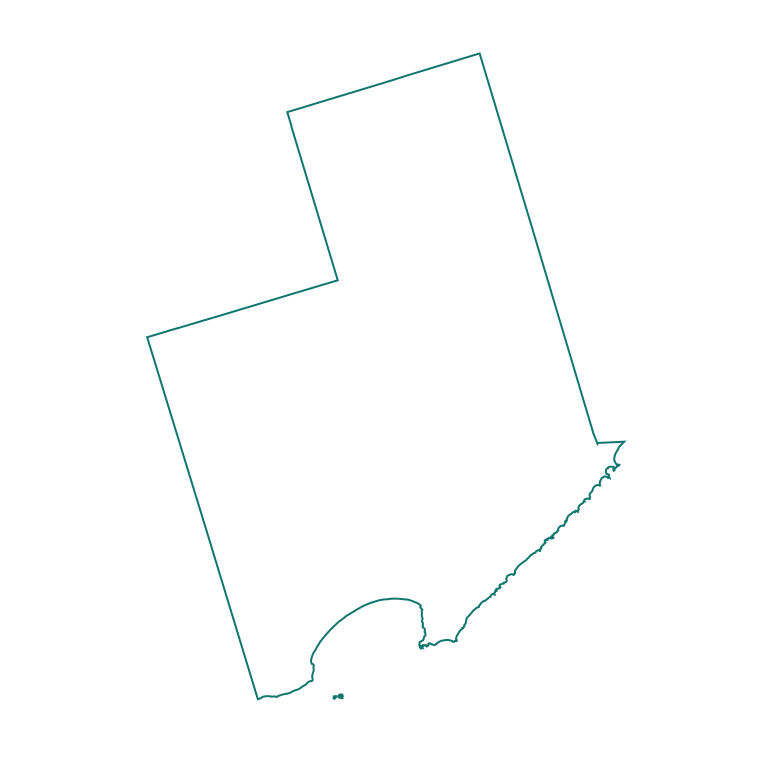 outline of Robe, South Australia, Australia, rotated 253°
{"feature_id": "25037944B13028513234480", "entity_name": "Robe", "entity_type": "district", "adm_level": 2, "iso_a3": "AUS", "parent_name": "Australia", "parent_adm1": "South Australia", "projection": "orthographic", "projection_center": [139.804, -37.186], "detail": "fine", "context": "isolated", "style": "outline", "palette": "teal", "viewbox_px": 768, "rotation_deg": 253, "n_neighbors": 0, "source": "geoboundaries", "source_scale": "gbopen_adm2", "svg_char_len": 6085}
<svg xmlns="http://www.w3.org/2000/svg" viewBox="0 0 768 768"><g transform="rotate(253 384 384)"><path d="M119.5,171.2L119.4,172.1L119.5,173.8L119.8,175.3L120.3,176.2L120.3,177.6L119.6,181.3L118.6,183.9L117.7,185.2L117.6,186.6L116.9,188.8L116.1,189.8L116.6,192.2L116.7,196.3L116.1,202.0L116.2,204.5L116.9,207.3L117.1,213.0L117.6,215.0L118.4,216.9L119.3,221.1L120.8,223.7L121.3,225.2L121.4,226.7L121.0,228.0L121.2,228.6L121.9,229.3L125.3,229.8L128.1,231.2L130.0,232.7L131.5,233.3L133.8,233.7L135.2,234.6L136.1,234.6L136.8,234.2L137.1,233.5L137.3,233.3L138.9,233.0L140.3,233.2L142.5,234.2L146.0,236.6L148.3,238.8L149.9,241.0L152.3,243.1L154.1,245.5L156.2,247.6L157.7,250.0L158.6,251.0L159.8,253.1L160.7,254.3L165.0,261.4L165.9,263.5L166.6,264.5L169.6,270.6L172.4,278.4L173.3,280.3L174.2,284.4L175.0,287.1L175.1,288.0L176.3,292.3L177.9,299.7L178.6,307.5L178.6,316.3L178.0,320.8L177.0,325.1L176.5,328.6L174.7,334.4L170.5,344.4L168.1,347.7L164.9,351.6L163.1,353.3L161.4,354.3L161.2,354.4L159.9,353.4L158.3,353.9L157.3,354.7L156.8,354.6L155.8,353.6L153.9,353.4L151.8,352.4L148.3,352.3L146.0,350.8L144.0,351.4L142.7,350.6L141.8,350.8L140.5,349.9L139.7,350.2L138.7,351.0L137.6,351.4L135.9,350.9L135.1,350.3L134.1,350.7L131.8,350.3L131.3,350.0L130.8,348.7L129.2,347.6L128.8,347.6L127.5,346.3L127.3,345.8L127.3,344.7L127.0,344.3L126.8,342.8L126.4,342.4L125.5,342.3L123.9,341.4L123.4,341.4L122.6,342.0L122.4,342.0L121.9,341.4L120.3,341.8L120.3,342.0L120.9,342.5L120.4,343.3L121.5,342.9L122.6,343.0L122.6,343.3L121.6,343.9L121.4,344.4L121.6,344.6L122.1,344.4L122.8,344.5L123.0,345.0L122.6,345.5L122.4,346.1L122.1,346.5L122.3,346.9L122.2,347.7L120.6,348.0L120.6,348.6L121.1,350.0L121.5,350.3L122.2,350.2L122.5,350.5L122.7,351.1L122.7,352.1L121.2,353.2L120.9,354.1L119.7,355.4L119.5,355.9L119.5,356.3L120.2,357.9L120.3,358.9L120.9,359.6L121.6,362.7L121.7,363.8L121.0,368.6L120.3,370.8L118.6,373.7L117.9,374.4L117.1,374.7L117.1,376.1L117.6,376.6L117.6,377.0L117.5,377.4L117.1,377.7L117.0,378.2L117.7,378.7L118.6,378.4L119.7,378.5L122.0,380.2L126.2,384.9L126.6,385.7L126.8,386.9L127.8,387.6L127.5,388.4L128.5,389.2L128.6,390.0L129.9,390.2L131.0,391.8L131.7,392.4L135.2,394.2L136.3,395.2L138.7,399.5L139.2,400.0L139.9,401.4L140.9,402.5L142.7,406.7L143.1,408.6L143.0,409.4L143.3,409.5L144.1,410.1L145.0,411.4L146.0,412.6L147.1,415.0L147.3,415.5L147.1,417.4L147.8,418.7L148.4,420.6L149.1,421.8L149.5,423.9L150.7,424.5L151.2,425.4L151.5,426.8L150.6,427.6L150.3,428.2L151.0,428.1L151.9,428.3L152.5,429.4L153.7,429.9L153.7,430.3L153.1,430.8L153.1,431.2L153.3,431.3L153.6,430.9L154.2,430.7L154.8,431.1L155.1,431.7L155.2,432.6L154.7,433.7L155.0,434.3L155.2,435.5L155.5,435.9L155.9,435.9L156.8,435.3L157.1,435.3L157.9,435.9L158.2,436.6L158.5,439.0L158.1,440.1L159.0,440.6L159.1,441.0L158.8,442.1L158.9,442.6L159.6,443.7L160.2,443.9L162.2,444.0L164.5,445.9L165.0,450.1L164.7,450.8L163.5,452.1L163.6,452.5L164.6,453.1L164.5,454.0L166.0,454.3L167.4,454.9L168.3,456.0L169.1,457.3L170.8,459.5L172.9,464.8L173.6,467.1L173.8,468.2L174.9,469.9L176.0,472.1L177.3,473.9L177.7,475.8L178.4,477.1L178.4,479.3L179.8,481.1L180.0,482.5L179.6,483.5L178.9,483.9L178.8,484.6L179.2,484.9L180.1,484.8L180.8,485.4L180.8,486.1L181.0,486.3L181.4,486.3L181.4,486.6L182.0,486.6L182.3,486.8L183.2,488.2L183.5,489.1L184.0,489.5L184.0,490.1L184.6,491.0L184.7,491.7L185.3,492.1L185.9,491.6L186.4,491.6L187.0,491.8L187.5,492.3L187.8,493.8L187.5,494.3L186.9,494.4L186.9,494.7L187.1,494.8L187.5,494.6L187.9,495.0L188.3,495.0L188.4,495.5L188.1,495.9L188.4,496.5L188.2,496.6L188.2,497.3L187.9,497.6L188.1,498.0L188.7,498.3L188.9,499.3L187.2,499.4L187.2,499.8L187.2,500.3L187.1,500.9L187.5,501.1L187.9,500.7L187.8,500.0L188.1,499.8L188.3,499.8L189.1,500.7L189.5,500.3L189.8,500.4L189.9,500.8L189.5,501.1L189.8,501.8L190.7,502.1L190.9,502.9L191.3,503.0L191.6,505.9L192.6,506.3L193.1,507.2L192.9,507.5L193.0,507.9L193.8,507.8L195.2,508.8L196.3,510.6L196.6,511.4L196.6,513.0L195.8,513.8L195.8,514.4L196.2,515.0L197.1,515.5L198.3,516.7L199.5,517.0L199.2,517.9L199.9,518.0L200.0,519.0L200.7,519.3L201.6,519.1L202.5,520.4L203.3,520.8L203.9,521.7L204.5,522.8L204.9,524.4L206.2,527.6L205.6,529.1L206.4,529.3L206.8,530.2L206.6,530.8L206.0,531.0L205.1,532.0L206.1,532.4L207.1,533.7L208.6,533.6L210.5,535.0L211.6,537.7L211.9,539.1L213.1,540.5L213.2,540.9L213.0,541.4L214.0,541.2L214.8,542.2L215.1,543.3L215.0,545.1L214.6,545.9L213.9,546.7L214.0,547.2L214.5,547.7L217.8,548.1L219.2,549.1L220.6,551.8L222.6,553.0L223.4,553.7L224.7,555.9L225.0,557.6L224.9,559.0L224.6,559.7L223.7,560.6L223.7,561.0L224.5,560.8L227.7,562.1L230.4,564.7L230.7,566.4L231.1,567.0L231.1,568.1L230.2,569.7L229.3,570.6L228.9,570.7L228.8,571.0L228.6,571.1L228.4,572.0L228.1,572.3L228.8,572.3L229.3,571.5L229.6,571.4L229.6,571.8L231.3,572.7L232.0,572.2L232.2,571.6L232.9,571.1L232.9,570.6L234.3,570.4L236.3,570.8L237.2,571.5L237.9,572.3L238.2,573.0L238.0,573.5L238.5,573.7L239.0,574.9L238.7,576.5L238.3,577.8L237.5,579.3L236.9,579.7L236.3,579.7L235.6,579.1L235.4,578.3L233.9,578.3L234.0,578.8L234.6,578.9L234.2,579.1L234.3,579.3L234.8,579.2L235.2,579.6L235.6,579.6L236.2,580.0L236.2,581.3L235.5,581.6L236.3,581.6L236.7,582.3L237.4,582.6L237.7,583.7L237.6,584.0L237.2,584.2L237.3,584.7L237.8,584.6L238.1,585.3L238.2,585.2L238.3,584.4L238.6,584.1L238.7,583.3L239.1,582.9L240.8,582.3L242.6,582.0L244.0,582.0L245.3,582.3L248.1,583.8L249.8,585.1L252.4,587.8L252.7,588.4L254.0,589.4L255.4,590.9L258.6,596.8L265.0,571.6L264.3,570.7L275.2,569.8L475.5,571.2L672.1,572.1L672.2,570.0L672.3,495.8L672.1,481.9L672.3,371.0L658.1,370.9L655.9,370.7L496.7,370.1L497.0,326.3L497.4,232.9L497.5,229.6L497.7,202.0L497.8,202.0L498.0,171.2L297.3,171.4L119.5,171.2ZM95.7,252.4L96.8,252.6L97.4,253.3L99.0,253.3L99.4,252.9L99.6,252.1L99.1,251.4L99.4,251.0L99.8,250.9L99.7,250.0L98.9,249.2L98.3,249.4L97.6,249.1L97.1,249.9L97.4,249.9L97.4,250.2L96.4,251.1L96.9,251.6L95.9,251.8L95.7,252.4ZM98.5,246.3L98.6,246.6L99.2,247.2L99.6,246.9L99.5,246.4L99.8,246.1L99.3,245.6L99.2,245.2L99.7,244.6L98.3,243.9L97.5,244.5L97.6,244.9L98.3,245.1L98.1,246.0L98.5,246.3Z" fill="none" stroke="#0f766e" stroke-width="2"/></g></svg>